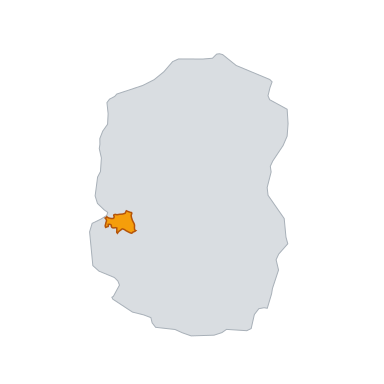 location of Saraj within North Macedonia, rotated 290°
{"feature_id": "MKD-2908", "entity_name": "Saraj", "entity_type": "Municipality", "adm_level": 1, "iso_a3": "MKD", "parent_name": "North Macedonia", "parent_adm1": "", "projection": "orthographic", "projection_center": [21.223, 41.991], "detail": "fine", "context": "in_parent", "style": "filled", "palette": "amber", "viewbox_px": 384, "rotation_deg": 290, "n_neighbors": 0, "source": "natural_earth", "source_scale": "10m", "svg_char_len": 2080}
<svg xmlns="http://www.w3.org/2000/svg" viewBox="0 0 384 384"><g transform="rotate(290 192 192)"><path d="M173.9,98.2L179.9,99.0L193.0,95.2L201.1,90.0L205.2,89.2L210.7,87.1L218.7,87.3L226.8,89.5L236.9,86.4L246.9,81.5L251.0,82.7L255.4,86.7L258.3,87.8L275.3,109.3L284.6,118.0L295.5,124.5L307.9,129.2L312.4,133.8L320.7,156.8L324.7,165.5L330.0,168.0L331.3,170.5L331.6,173.8L326.0,190.2L324.3,226.7L322.9,229.6L316.7,229.6L308.4,230.5L305.3,233.4L302.3,253.1L289.1,258.9L277.0,262.3L266.8,261.7L248.8,257.3L242.9,256.8L237.9,259.5L221.9,261.1L214.9,264.6L198.6,287.7L181.8,295.7L176.1,299.7L163.3,294.7L157.1,294.2L148.3,300.0L128.8,300.6L123.6,301.6L108.5,302.5L107.9,299.3L105.2,294.7L98.2,292.5L83.9,294.3L80.4,290.9L74.7,271.4L70.1,268.2L65.0,261.7L56.5,240.4L56.4,231.2L57.0,223.1L52.4,204.1L55.4,199.3L59.9,196.3L60.0,188.7L58.8,177.1L64.2,154.3L65.7,152.7L67.0,153.8L79.7,155.7L83.0,152.8L85.1,148.3L85.8,131.7L88.9,124.0L119.5,109.4L128.4,108.9L135.3,115.6L140.8,119.9L144.0,119.8L145.2,115.5L148.9,107.1L155.2,102.3L173.7,98.2L173.9,98.2Z" fill="#d9dde1" stroke="#a8b0b8" stroke-width="1"/><path d="M137.8,119.3L138.8,120.3L139.6,120.4L139.1,122.3L139.4,125.0L140.1,126.9L141.1,127.5L142.3,127.3L143.0,126.5L143.8,126.4L144.7,127.4L145.0,129.3L146.3,131.6L147.5,134.3L149.1,136.4L151.9,136.7L151.8,138.8L151.8,141.5L152.0,142.0L151.6,142.7L150.5,142.8L149.2,142.8L147.3,143.9L145.2,145.5L144.0,146.7L142.7,148.2L141.3,149.3L138.6,150.2L137.1,150.9L136.5,152.0L136.5,152.4L136.0,152.1L135.5,151.8L134.0,150.1L133.3,150.0L132.5,149.1L132.5,147.6L132.8,145.2L133.1,143.1L133.6,141.3L133.6,139.4L133.3,138.9L131.8,138.0L130.4,137.0L129.1,136.4L127.9,136.1L128.0,136.0L128.0,135.4L128.3,135.1L128.9,134.8L130.3,134.5L131.6,133.9L132.4,133.7L132.4,132.5L131.5,130.8L131.2,129.7L131.3,128.9L132.0,128.0L133.0,127.6L133.5,127.0L133.5,125.7L133.0,124.4L132.4,124.5L131.7,125.0L130.9,125.0L130.1,123.9L129.2,123.1L129.6,122.5L130.8,121.9L132.4,121.8L133.7,121.6L135.1,121.6L136.4,121.3L137.6,119.8L137.8,119.3L137.8,119.3Z" fill="#f59e0b" stroke="#b45309" stroke-width="1.5"/></g></svg>